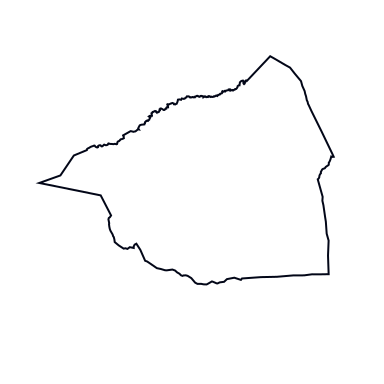 Santiago Xiacuí, Oaxaca, Mexico, rotated 346°
{"feature_id": "50627088B71716696666560", "entity_name": "Santiago Xiacuí", "entity_type": "district", "adm_level": 2, "iso_a3": "MEX", "parent_name": "Mexico", "parent_adm1": "Oaxaca", "projection": "orthographic", "projection_center": [-96.402, 17.272], "detail": "fine", "context": "isolated", "style": "outline", "palette": "ink", "viewbox_px": 384, "rotation_deg": 346, "n_neighbors": 0, "source": "geoboundaries", "source_scale": "gbopen_adm2", "svg_char_len": 5773}
<svg xmlns="http://www.w3.org/2000/svg" viewBox="0 0 384 384"><g transform="rotate(346 192 192)"><path d="M338.0,192.1L337.5,189.4L332.4,164.8L327.5,142.4L326.2,135.6L325.9,134.5L326.0,132.5L325.6,130.7L325.8,126.8L325.6,124.1L325.7,121.3L324.7,115.8L324.6,110.8L320.3,101.9L317.2,95.0L313.2,91.3L303.5,81.8L300.7,79.2L272.1,97.5L272.0,97.1L271.9,96.9L271.6,96.8L271.0,96.9L270.6,97.2L270.3,97.5L270.0,98.3L269.4,99.5L268.6,99.9L268.4,99.6L268.2,98.9L268.4,97.8L268.7,97.1L268.4,96.2L267.1,96.2L266.5,96.3L265.0,97.2L263.9,100.0L263.1,99.8L261.9,100.3L261.4,101.4L260.3,102.4L259.7,102.7L258.8,102.5L258.2,103.1L256.5,103.0L256.3,103.4L256.0,103.3L255.8,102.8L255.1,102.8L254.1,102.9L254.3,102.5L254.1,101.9L253.7,102.0L253.4,101.7L253.0,101.4L252.7,101.7L252.4,101.6L252.3,102.0L251.7,102.0L251.2,101.9L250.9,101.9L250.5,101.9L250.1,101.9L249.7,101.8L249.1,102.2L248.9,102.1L248.7,102.3L248.5,102.0L248.1,101.8L247.7,102.2L247.2,102.4L246.6,102.0L246.0,101.5L245.6,101.7L245.5,102.0L245.6,102.5L245.2,103.2L244.7,103.5L244.3,103.4L243.5,103.5L243.1,103.5L242.8,104.0L242.5,103.9L242.2,104.1L241.8,104.1L241.5,104.2L241.2,104.3L241.0,104.2L240.8,104.4L240.5,104.3L240.1,104.6L239.8,104.9L239.4,104.5L238.9,104.2L238.5,104.6L237.8,104.6L236.9,104.8L236.6,104.4L236.1,104.5L235.7,104.8L235.3,104.8L234.5,104.6L234.2,104.3L233.8,104.2L233.2,104.4L232.7,104.1L232.4,103.8L232.3,103.3L231.6,103.1L231.5,103.4L231.0,103.2L230.9,103.5L230.6,103.7L230.3,103.5L229.9,103.6L229.7,103.5L229.4,103.3L229.0,103.3L228.7,103.4L228.4,103.1L228.2,102.6L227.7,102.7L227.4,102.6L227.1,102.7L226.9,102.6L226.8,102.3L226.5,102.5L226.1,102.7L226.2,102.2L225.9,102.2L225.9,101.9L225.6,101.7L225.4,101.7L225.2,101.5L224.9,101.5L224.8,101.2L224.6,101.1L224.4,101.1L224.0,100.9L223.4,100.9L223.1,101.1L222.8,101.2L222.5,101.5L222.0,101.4L221.7,101.1L221.3,100.6L220.9,100.2L220.5,100.0L220.1,100.2L219.6,99.9L219.0,100.2L218.4,100.2L217.9,100.7L217.5,100.4L217.3,100.7L216.8,100.7L216.1,100.4L215.8,100.0L215.1,99.9L214.6,100.1L213.6,100.0L213.4,99.6L212.6,99.5L212.4,98.8L211.9,98.4L211.2,98.2L210.4,98.1L210.2,98.0L209.4,98.9L208.5,98.9L207.9,99.5L206.6,99.7L206.2,99.4L205.7,99.3L204.7,98.8L203.7,99.9L202.1,99.1L200.7,99.0L200.0,100.5L199.3,101.6L198.4,102.7L197.8,102.6L197.0,103.0L195.7,102.5L195.8,101.8L195.1,101.3L194.6,100.9L193.9,100.9L193.2,101.1L192.9,101.0L190.6,101.5L189.8,100.9L189.2,101.0L189.1,101.3L189.4,101.9L189.4,102.7L189.4,103.6L189.3,104.0L188.3,103.6L187.8,103.8L187.4,104.7L187.1,104.6L186.9,104.9L186.5,104.8L186.1,105.0L185.8,105.4L185.6,105.5L185.4,105.5L185.1,105.7L184.8,105.7L184.4,105.6L184.1,105.3L183.9,105.1L183.5,104.6L182.4,103.7L182.1,103.6L182.0,103.4L181.5,103.4L181.3,103.4L181.1,103.6L180.9,104.1L180.6,104.1L180.6,104.6L180.4,104.5L180.1,105.0L180.0,105.3L179.8,105.5L179.6,105.8L179.3,106.2L179.0,106.4L178.7,106.4L178.3,106.4L177.8,106.3L177.6,106.4L177.4,106.1L177.2,105.8L177.0,105.5L176.8,105.3L176.6,105.2L176.4,104.7L176.2,104.7L176.1,104.8L176.1,105.0L175.9,104.7L175.5,104.7L175.4,104.5L175.0,104.6L174.6,104.7L174.2,104.7L173.8,104.9L173.7,104.8L173.3,104.8L173.1,105.0L172.6,105.2L172.5,105.6L172.1,106.0L171.7,106.0L171.7,106.6L171.6,107.6L171.7,108.0L171.4,108.5L170.7,108.1L170.4,108.2L169.4,107.9L168.4,108.3L169.5,109.7L168.2,111.1L168.0,111.5L167.5,111.7L166.6,112.3L166.0,111.7L164.9,112.0L164.9,112.3L164.1,112.4L163.3,112.9L163.0,113.9L162.6,114.0L162.2,114.9L161.2,114.8L159.6,114.5L158.2,114.5L157.4,114.7L156.1,116.1L155.2,117.2L155.6,118.5L154.7,118.1L152.7,119.1L151.7,119.5L150.5,119.4L149.6,119.4L149.2,119.1L147.3,118.1L146.4,118.3L145.0,118.7L138.8,120.4L138.8,120.5L138.9,121.0L139.0,121.2L139.2,121.5L139.1,122.1L138.9,122.7L138.9,123.0L138.9,123.3L138.6,123.4L138.2,123.5L137.7,123.6L137.3,123.6L136.9,123.7L136.3,123.7L135.8,123.6L135.0,123.9L134.7,124.3L133.4,125.0L132.6,125.0L131.9,125.4L131.5,126.0L131.3,126.5L131.2,126.8L130.9,127.3L130.3,127.4L128.8,126.6L128.7,126.6L127.4,126.6L125.8,126.0L124.0,125.5L123.6,125.2L122.9,124.7L122.5,124.8L122.4,124.8L121.9,125.6L120.8,125.9L119.8,125.8L118.3,124.9L118.2,124.8L117.7,125.0L116.8,125.6L116.6,125.7L116.1,125.9L115.7,126.0L115.2,125.8L114.9,125.3L114.6,124.8L114.6,124.7L114.2,124.4L113.5,124.3L113.4,124.3L112.7,124.4L112.2,124.6L111.9,124.8L111.9,125.2L111.7,125.7L111.4,125.8L111.1,125.9L110.3,125.6L110.0,125.3L109.8,125.2L109.2,124.5L109.1,124.3L108.9,123.8L108.8,123.5L108.5,123.3L107.9,123.3L107.0,123.5L106.5,123.5L105.1,123.6L104.8,123.7L104.5,123.7L103.1,124.2L101.6,124.5L100.6,124.9L100.2,125.6L100.1,125.9L86.2,128.0L68.3,144.1L46.0,146.3L102.6,173.2L107.8,195.2L106.2,196.6L105.0,197.1L104.3,198.3L104.1,202.3L103.7,203.1L103.4,205.6L103.3,207.7L103.4,209.1L103.6,210.2L104.7,214.0L104.8,215.9L105.2,216.8L105.2,219.2L104.9,221.9L108.0,226.1L112.0,230.4L113.8,230.5L115.6,231.6L118.3,230.5L121.9,232.2L122.2,230.8L123.6,229.2L125.5,228.7L127.8,235.4L127.9,235.8L129.9,247.4L131.7,248.6L139.5,257.4L143.0,259.1L146.9,261.4L148.5,261.9L154.2,262.5L156.6,264.1L158.1,266.4L160.1,268.3L161.1,270.1L162.5,271.1L163.8,270.9L165.9,271.4L167.5,272.3L170.5,275.4L173.1,280.7L175.1,282.5L178.6,283.3L180.9,284.4L183.7,285.2L184.5,285.1L189.7,283.6L190.8,284.3L193.8,286.6L194.7,286.9L197.0,286.4L201.4,286.9L204.8,285.0L212.3,285.4L218.2,289.1L219.6,288.0L238.4,291.3L253.8,294.8L269.9,297.4L280.6,300.0L288.6,300.9L295.2,302.6L304.7,304.8L308.6,286.6L312.8,272.2L312.6,265.0L314.7,253.1L315.1,248.5L316.3,236.7L316.4,232.0L317.6,228.3L317.1,211.0L317.1,210.1L318.1,209.6L319.0,208.6L319.5,207.2L320.3,206.0L321.7,204.9L321.8,203.8L323.8,201.6L324.6,201.3L326.6,201.1L327.9,200.0L330.1,199.2L331.0,198.9L331.5,198.1L331.8,196.7L332.9,195.7L334.2,193.9L335.7,191.3L336.1,191.7L337.1,192.0L338.0,192.1Z" fill="none" stroke="#020617" stroke-width="2"/></g></svg>